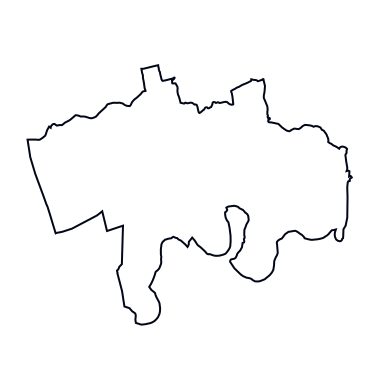 outline of Ploscuteni, Vrancea, Romania, rotated 266°
{"feature_id": "2599482B48240980122833", "entity_name": "Ploscuteni", "entity_type": "district", "adm_level": 2, "iso_a3": "ROU", "parent_name": "Romania", "parent_adm1": "Vrancea", "projection": "robinson", "projection_center": [27.264, 46.078], "detail": "fine", "context": "isolated", "style": "outline", "palette": "ink", "viewbox_px": 384, "rotation_deg": 266, "n_neighbors": 0, "source": "geoboundaries", "source_scale": "gbopen_adm2", "svg_char_len": 6087}
<svg xmlns="http://www.w3.org/2000/svg" viewBox="0 0 384 384"><g transform="rotate(266 192 192)"><path d="M282.7,111.7L276.9,104.4L275.7,103.4L273.8,101.3L273.3,100.0L272.7,97.9L272.6,96.5L272.9,95.1L274.6,90.7L275.0,88.1L275.0,86.3L276.0,84.4L276.6,82.3L276.7,81.2L272.7,75.8L271.7,74.0L270.1,70.2L267.8,67.0L268.0,64.9L267.7,61.7L269.4,59.7L269.5,58.6L269.1,57.6L267.8,56.2L267.0,55.8L265.9,55.5L267.2,54.0L263.6,51.7L259.8,50.2L258.4,49.5L256.5,46.8L255.1,44.4L254.7,43.2L254.8,42.1L255.2,39.7L255.7,31.6L238.0,33.1L221.1,36.9L197.8,43.7L190.2,45.8L187.2,46.9L178.3,49.0L160.3,53.1L160.7,54.3L161.1,58.2L161.5,60.5L163.8,69.7L175.0,95.1L176.0,96.8L179.0,101.1L159.0,104.5L163.2,120.8L124.9,117.0L122.5,114.3L119.8,113.0L119.0,111.8L118.4,111.7L117.0,112.0L116.4,112.1L116.1,111.9L98.1,115.3L82.5,116.6L80.5,121.5L77.2,124.0L75.3,126.4L74.6,127.0L72.5,127.3L68.5,126.6L65.3,126.9L65.0,127.6L64.8,128.3L63.7,130.9L63.2,132.5L63.4,136.5L64.1,141.2L64.8,143.4L65.2,144.2L65.8,145.4L67.4,147.4L69.4,149.3L72.5,151.0L75.0,151.7L78.4,152.1L83.1,151.8L84.6,151.4L89.8,149.1L91.6,148.5L94.0,148.0L97.2,144.6L100.3,142.7L103.6,145.0L107.2,147.0L111.4,148.9L114.5,150.0L115.2,150.6L116.3,152.2L117.8,153.8L118.4,154.2L122.0,155.9L123.7,156.4L127.7,156.5L129.6,156.9L131.7,156.6L136.8,156.9L142.0,157.9L144.2,159.2L144.7,159.7L145.3,160.7L146.2,161.6L146.4,162.0L146.5,163.1L146.9,164.3L147.1,165.8L147.3,168.1L148.3,169.5L148.6,170.3L147.4,172.6L147.0,174.0L145.6,175.2L144.2,177.7L140.1,181.7L137.5,183.7L138.7,184.5L140.0,185.1L142.5,185.4L146.5,189.0L143.3,191.4L139.4,193.5L138.2,194.4L136.3,196.7L131.7,201.0L129.5,202.5L128.7,203.9L128.8,204.3L128.9,205.0L127.0,209.6L126.6,212.1L126.6,214.8L126.8,216.2L127.3,218.7L128.0,220.9L128.6,221.7L130.8,223.7L133.2,225.5L134.1,225.9L135.3,226.4L140.2,227.1L145.7,227.4L153.3,227.0L158.0,226.4L159.3,226.2L161.3,224.8L164.1,223.8L166.9,223.5L169.4,223.6L170.4,225.1L171.7,225.9L173.1,225.5L173.9,225.1L174.3,225.6L174.8,226.8L175.0,227.7L175.3,233.1L175.2,233.8L174.0,236.9L172.5,238.2L170.6,241.5L169.2,242.7L167.8,243.6L167.5,244.1L166.1,245.5L165.2,246.0L164.2,246.4L160.4,246.6L159.7,246.5L158.6,245.9L155.8,244.0L152.5,242.6L150.6,241.6L145.3,241.1L143.8,241.4L142.6,241.3L141.5,240.5L138.9,240.7L138.1,240.4L137.6,238.9L133.4,238.0L130.3,236.0L128.5,234.0L127.1,232.8L125.6,232.3L123.6,231.1L122.8,230.2L122.4,229.1L122.1,226.6L121.8,226.0L121.2,225.5L120.3,225.2L119.6,225.2L112.9,229.0L106.3,234.9L104.5,237.1L102.7,240.5L102.4,242.0L101.7,244.2L101.1,245.2L99.7,246.7L98.5,248.6L98.2,250.6L98.2,252.8L98.7,254.9L99.8,258.2L100.1,258.9L100.5,259.3L103.5,263.6L106.1,266.1L108.7,267.7L113.0,268.7L117.3,269.2L121.4,271.2L122.8,272.3L125.4,273.3L134.3,273.2L135.0,273.0L136.5,273.4L137.1,274.0L138.3,275.6L138.9,277.0L139.2,278.2L140.8,279.7L143.4,281.9L145.5,285.4L146.1,291.6L146.1,292.1L145.7,293.2L144.6,294.8L142.5,297.2L141.9,298.3L140.0,300.0L139.1,300.7L138.0,301.1L136.7,304.8L136.0,307.5L135.9,308.8L136.1,314.5L136.7,318.3L137.3,320.3L138.1,321.4L138.5,322.4L139.4,323.9L140.2,325.0L144.0,328.7L144.2,330.8L144.6,332.9L142.1,331.9L140.7,331.5L138.6,331.4L137.5,331.5L135.5,332.1L134.5,332.6L133.3,333.9L132.5,336.1L132.9,337.4L133.7,338.2L134.8,338.6L135.3,339.4L136.8,339.7L144.3,340.5L147.7,342.9L155.6,345.1L176.1,346.8L185.9,347.2L190.0,347.9L191.1,348.2L191.8,348.7L191.9,349.1L191.8,349.7L192.0,350.2L193.0,350.2L194.3,350.6L195.3,352.4L196.4,351.9L196.9,351.2L197.1,350.7L196.6,349.8L201.7,350.5L202.4,349.2L202.1,347.7L203.4,348.3L205.3,348.6L211.3,348.0L218.1,347.6L219.2,348.1L220.2,348.9L222.3,349.0L224.2,349.7L225.6,348.4L225.9,347.8L226.5,346.6L226.8,345.3L226.7,343.8L226.5,343.4L225.9,342.6L224.9,341.9L226.9,339.4L228.7,336.1L230.3,334.4L231.1,332.9L232.3,331.4L233.4,331.6L235.6,331.6L240.2,330.1L244.0,327.7L245.1,325.8L247.1,324.8L247.5,324.4L248.5,322.6L249.0,320.8L249.1,319.4L248.6,317.9L249.4,316.6L250.2,314.4L251.1,309.5L250.2,307.2L248.3,304.8L247.5,303.3L247.3,302.4L247.9,299.7L248.1,298.4L246.9,295.3L246.3,294.6L245.8,293.2L246.5,291.0L247.4,289.7L250.0,286.5L253.9,282.9L255.9,275.9L256.1,274.0L256.3,273.5L256.8,273.1L257.4,272.9L258.1,273.1L259.5,274.8L260.0,274.8L260.4,274.4L259.8,273.2L261.7,272.7L261.9,272.9L262.7,273.1L264.5,272.6L267.1,272.8L268.7,273.2L272.2,273.1L278.6,271.0L280.4,270.3L281.2,270.2L283.4,270.4L286.7,271.3L292.6,272.2L297.5,271.4L298.1,271.1L298.6,271.3L299.6,271.1L299.7,270.7L298.9,269.3L297.9,265.5L298.7,264.6L299.1,263.8L299.4,262.5L299.5,261.4L300.3,259.0L299.0,258.8L298.6,258.5L297.0,254.7L295.3,249.5L293.5,245.9L293.0,244.0L292.0,242.3L290.9,239.6L290.0,238.1L289.1,238.1L287.7,238.6L284.3,239.0L276.7,239.3L276.4,239.0L276.3,237.8L276.5,236.9L276.9,235.9L277.4,235.1L279.2,233.3L279.5,232.6L279.6,230.8L278.9,226.5L278.9,225.7L279.7,224.3L279.2,222.1L280.0,221.1L280.2,219.6L279.6,218.8L278.2,218.5L275.5,217.1L275.0,215.8L274.4,214.8L274.4,213.8L275.3,213.0L275.5,212.1L275.4,211.4L274.9,210.8L273.4,209.8L272.8,208.7L270.9,206.3L270.3,204.9L270.5,204.6L271.5,204.1L276.9,203.3L278.2,202.9L278.7,202.6L279.0,201.8L279.0,200.9L279.2,200.4L279.9,199.7L280.8,198.5L281.1,197.7L281.2,196.6L280.8,193.8L280.9,193.1L281.4,192.2L281.5,191.6L281.4,191.2L280.8,190.5L280.8,190.1L281.8,186.8L285.8,186.1L289.0,185.3L289.9,184.9L291.0,184.7L293.6,184.5L295.5,184.7L296.0,184.9L298.0,184.8L301.4,183.2L301.6,182.8L301.6,180.3L301.8,179.9L304.6,179.8L305.9,181.8L306.8,182.5L307.2,182.6L307.4,182.4L307.4,182.1L306.9,181.5L306.4,181.2L306.6,180.8L306.3,180.5L306.4,179.7L305.2,173.2L304.9,170.6L305.3,170.0L307.0,169.3L307.7,169.3L311.8,168.5L313.9,168.4L314.4,168.0L316.1,167.5L318.7,167.4L319.2,167.1L320.8,167.1L320.5,164.7L318.4,152.7L318.3,151.5L318.4,150.1L313.9,150.6L311.7,151.2L309.3,151.0L304.9,151.6L298.9,152.0L296.1,152.7L296.0,152.4L295.8,150.6L295.4,149.6L293.2,147.6L290.1,143.7L288.1,140.7L286.2,138.8L284.8,137.9L283.5,137.2L282.3,136.3L282.1,135.9L282.1,135.3L282.5,133.0L283.3,131.3L285.2,128.9L286.0,126.4L286.2,125.4L286.1,124.1L286.5,119.8L286.4,119.0L285.5,114.2L284.9,113.4L282.7,111.7Z" fill="none" stroke="#020617" stroke-width="2"/></g></svg>